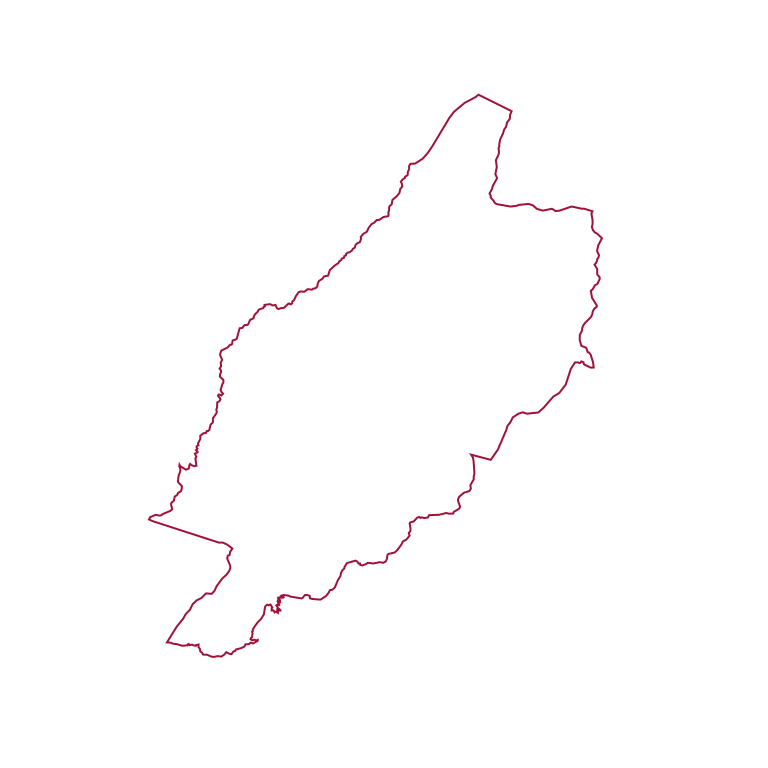 Guachipas, Salta, Argentina, rotated 12°
{"feature_id": "61730980B8942789897843", "entity_name": "Guachipas", "entity_type": "district", "adm_level": 2, "iso_a3": "ARG", "parent_name": "Argentina", "parent_adm1": "Salta", "projection": "orthographic", "projection_center": [-65.567, -25.704], "detail": "fine", "context": "isolated", "style": "outline", "palette": "rose", "viewbox_px": 768, "rotation_deg": 12, "n_neighbors": 0, "source": "geoboundaries", "source_scale": "gbopen_adm2", "svg_char_len": 6159}
<svg xmlns="http://www.w3.org/2000/svg" viewBox="0 0 768 768"><g transform="rotate(12 384 384)"><path d="M200.8,505.6L200.9,507.3L202.3,509.1L202.9,511.6L202.2,516.4L202.6,521.9L203.5,523.3L207.5,525.8L208.0,529.0L207.6,531.2L205.1,533.5L204.9,535.3L202.8,537.6L202.6,542.1L200.9,544.1L200.6,545.7L202.9,550.5L201.3,552.6L194.2,557.5L193.6,558.6L191.8,559.4L187.9,559.4L182.9,562.9L182.3,565.4L186.7,566.3L255.8,573.5L259.0,572.6L263.7,573.6L269.9,576.4L268.4,580.1L268.5,583.4L266.9,584.4L266.9,587.3L271.2,593.5L272.0,595.9L271.5,598.8L269.5,603.4L266.2,607.9L262.4,616.4L261.1,621.9L259.0,625.1L253.5,625.8L249.8,631.4L245.7,634.6L242.7,639.0L241.1,645.2L237.9,650.2L236.5,655.0L231.8,664.2L225.4,681.9L229.0,681.4L231.6,681.9L235.6,681.5L241.0,682.0L246.2,680.5L246.3,679.4L247.0,678.9L248.2,679.9L250.2,678.9L253.3,679.3L254.5,679.1L254.7,678.3L256.8,677.4L257.2,679.9L258.9,681.2L259.9,683.7L261.8,684.7L263.3,686.3L267.3,685.6L272.1,686.6L274.4,686.3L277.7,684.8L281.6,684.4L284.1,681.8L285.5,679.1L289.7,680.2L291.0,679.9L292.3,676.9L293.9,676.1L294.4,674.5L299.1,672.1L302.2,669.7L302.6,667.5L306.0,666.5L307.2,664.8L309.8,665.0L313.8,661.6L313.7,660.6L312.1,661.5L310.2,661.1L308.3,662.1L306.5,661.4L306.5,660.5L307.5,659.3L307.3,655.2L306.5,653.8L307.0,652.9L306.7,651.6L307.9,648.0L310.0,643.4L312.5,639.5L314.4,634.4L314.0,627.0L314.5,625.3L315.7,624.1L317.3,624.4L318.8,623.3L321.2,625.8L320.8,626.4L321.2,628.9L322.9,628.4L324.4,629.9L324.6,629.3L325.9,629.3L327.8,629.9L327.4,628.1L329.8,627.0L329.4,626.5L326.4,627.0L326.4,626.4L327.9,626.1L328.0,625.7L327.2,625.5L324.7,622.9L325.8,621.8L327.2,622.3L327.5,621.9L325.1,618.7L325.3,617.5L325.9,617.5L327.2,619.2L327.8,619.1L327.0,616.8L325.1,615.9L324.9,615.0L327.7,614.4L327.0,613.2L327.7,612.2L328.3,612.3L328.9,614.0L329.9,613.9L330.2,613.4L329.3,612.4L329.5,611.3L334.4,610.8L336.4,611.4L348.0,610.9L349.0,609.9L350.5,607.0L352.2,606.4L355.3,606.6L356.1,609.0L358.6,609.2L366.8,608.1L371.3,603.5L373.3,599.6L374.0,596.8L376.2,596.0L378.2,593.4L379.6,585.7L381.3,580.9L381.2,577.6L382.1,574.6L383.4,573.0L383.5,570.9L385.0,566.9L392.8,562.7L394.9,563.3L396.4,564.9L397.8,564.5L398.5,566.0L400.7,565.9L404.2,563.6L405.2,562.3L410.7,561.8L417.2,559.1L420.3,559.1L422.6,557.2L423.3,553.9L422.8,550.8L423.7,549.3L429.5,546.6L431.7,543.4L434.4,537.4L435.2,534.2L438.2,531.5L440.6,527.0L439.2,524.6L440.4,522.5L440.0,519.9L438.1,515.2L438.3,514.0L441.7,512.2L444.3,507.8L446.1,506.7L447.5,507.4L449.0,506.5L451.2,506.8L454.6,505.5L455.4,502.9L465.0,500.5L471.8,497.2L474.3,497.4L478.5,496.4L478.9,494.5L483.1,490.7L483.9,489.1L483.7,487.8L480.6,482.7L480.4,480.9L481.1,478.5L484.8,473.7L489.7,471.0L490.7,468.2L489.6,465.3L489.7,464.3L491.6,458.7L491.0,455.9L491.1,452.8L487.5,440.3L486.3,437.5L483.9,435.0L504.2,436.0L509.0,424.6L513.2,403.4L513.5,399.2L515.5,395.3L517.0,389.8L521.8,385.0L525.5,382.9L530.0,383.3L540.7,379.9L544.9,374.3L552.3,361.0L557.3,356.4L561.9,346.7L563.6,330.4L566.3,323.2L569.4,322.5L570.6,322.9L571.7,322.4L572.3,320.9L574.7,321.3L575.0,322.6L575.9,323.3L582.6,325.0L585.7,324.3L584.0,319.4L580.0,312.2L577.9,310.6L576.6,310.5L574.2,306.5L569.1,305.6L566.3,300.3L565.3,295.2L566.7,290.4L566.2,288.3L566.8,285.1L567.8,282.7L572.5,275.5L573.2,272.8L573.1,269.6L574.1,266.5L576.0,264.3L575.8,262.9L569.6,256.5L566.9,249.8L568.3,248.2L569.9,243.4L571.9,241.8L573.2,236.2L572.6,234.6L569.8,232.5L568.6,227.1L565.1,223.4L566.2,221.7L566.8,219.3L566.6,217.7L567.4,215.8L567.6,213.5L564.7,209.5L564.8,203.6L566.9,196.1L561.1,192.5L558.9,192.0L556.4,190.1L554.6,187.0L554.8,184.3L553.9,180.2L551.5,174.3L552.0,171.7L543.0,170.9L541.2,171.4L530.6,171.4L519.5,178.0L516.0,179.2L511.8,177.7L503.3,181.4L497.1,180.9L492.5,178.3L488.1,177.8L478.6,180.8L476.9,182.0L471.0,184.1L457.1,184.6L454.9,184.0L452.9,181.8L449.5,179.4L449.4,177.8L447.6,175.7L449.2,170.6L449.2,167.8L451.7,159.6L451.6,158.7L449.3,155.6L449.2,148.2L446.9,141.9L448.4,135.4L448.3,133.3L447.0,129.5L447.4,127.4L446.9,125.7L446.8,120.4L448.3,114.3L448.6,110.1L449.9,107.2L450.0,102.5L451.9,98.6L451.4,94.5L452.1,90.6L416.3,81.4L413.8,84.4L404.4,92.3L395.9,103.1L392.6,110.1L381.9,141.2L378.9,148.6L375.0,155.6L368.5,162.0L364.1,163.1L363.2,165.7L363.9,168.5L363.2,171.9L363.7,173.9L363.5,175.0L361.5,177.0L361.7,178.0L359.9,179.8L358.4,182.6L359.8,184.3L360.8,187.1L359.3,190.0L359.4,193.9L357.3,197.9L354.0,202.1L354.1,206.8L352.7,208.4L352.3,209.8L352.9,213.4L352.5,215.4L353.4,217.6L353.1,219.0L348.9,220.7L345.3,224.4L342.7,225.2L340.8,228.4L338.5,230.2L336.5,234.5L335.6,238.6L332.6,241.4L330.6,245.0L331.4,246.5L330.9,250.2L328.4,252.1L327.3,253.8L327.0,256.8L325.4,258.3L325.0,260.0L323.0,262.2L320.8,263.3L319.9,264.7L320.0,266.1L318.5,267.2L318.6,268.8L316.5,270.2L316.5,271.6L314.7,273.3L314.4,275.0L311.0,278.6L307.3,283.9L306.8,289.6L302.9,291.3L301.9,293.8L299.1,296.6L298.3,299.3L298.5,302.5L297.1,304.6L294.9,305.5L293.9,306.7L289.7,307.1L286.8,310.4L283.6,310.7L281.4,312.0L279.6,316.2L278.5,320.9L277.2,322.3L277.4,324.3L276.2,325.5L274.4,325.0L273.7,325.4L270.2,330.4L267.7,331.1L265.3,332.6L263.6,332.2L261.4,329.2L258.9,330.3L255.8,329.6L250.7,331.5L251.3,332.9L250.2,333.6L250.2,334.8L246.2,337.2L245.0,340.3L243.3,342.6L242.7,344.6L242.7,346.9L239.7,349.1L238.7,353.9L238.1,354.6L235.7,355.2L234.6,356.4L233.9,358.5L231.2,359.5L230.6,370.2L229.8,371.2L227.1,372.8L226.8,373.7L227.2,376.3L226.5,377.3L225.3,377.6L223.3,380.9L217.9,385.2L217.5,388.4L217.9,390.2L220.7,394.1L219.8,397.1L221.0,400.4L220.0,403.1L221.7,404.7L222.2,406.2L221.6,408.7L221.9,410.9L226.0,413.4L226.6,416.0L225.9,417.9L225.4,423.9L226.6,425.5L228.6,426.9L227.2,429.1L224.8,428.5L224.1,429.4L224.2,430.3L226.8,432.3L227.2,433.3L226.4,435.3L224.7,436.7L225.6,441.7L225.3,443.9L226.2,445.7L226.1,447.8L223.8,452.9L224.6,457.2L222.8,459.9L222.7,465.4L221.6,466.6L220.4,466.9L219.9,469.1L217.7,469.6L215.0,472.9L215.8,475.8L214.4,480.9L215.3,482.4L213.7,483.9L214.0,485.2L215.0,486.1L213.8,487.8L215.7,488.8L215.8,489.6L213.5,491.5L215.6,494.2L215.0,496.0L217.5,502.9L215.8,503.8L212.9,503.5L211.0,502.5L210.5,503.9L210.7,507.1L208.1,509.0L201.7,506.7L200.8,505.6Z" fill="none" stroke="#9f1239" stroke-width="2"/></g></svg>